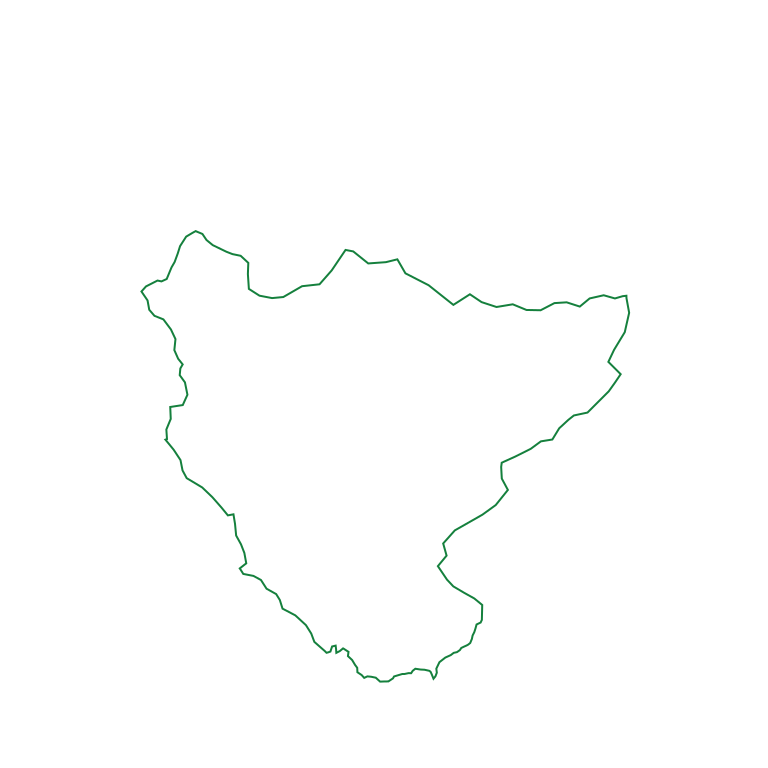 the district of Statos Agios Fotios, Paphos, Cyprus, rotated 135°
{"feature_id": "46923920B39520008883150", "entity_name": "Statos Agios Fotios", "entity_type": "district", "adm_level": 2, "iso_a3": "CYP", "parent_name": "Cyprus", "parent_adm1": "Paphos", "projection": "orthographic", "projection_center": [32.607, 34.88], "detail": "fine", "context": "isolated", "style": "outline", "palette": "green", "viewbox_px": 768, "rotation_deg": 135, "n_neighbors": 0, "source": "geoboundaries", "source_scale": "gbopen_adm2", "svg_char_len": 2470}
<svg xmlns="http://www.w3.org/2000/svg" viewBox="0 0 768 768"><g transform="rotate(135 384 384)"><path d="M481.6,148.0L470.8,158.3L471.8,168.5L475.0,179.8L478.1,191.9L477.8,201.1L474.7,217.1L461.1,218.4L454.9,229.4L437.4,230.4L406.8,222.0L390.6,219.4L371.3,221.5L367.6,233.8L359.8,242.5L356.4,245.1L342.6,239.9L326.1,234.4L313.6,232.5L304.2,225.7L291.4,228.8L279.1,228.3L272.0,227.5L260.3,219.9L246.2,219.9L230.3,219.9L219.5,221.7L209.7,223.6L209.7,241.0L197.1,245.5L177.1,250.4L160.3,261.0L151.8,273.3L150.2,275.0L153.1,277.3L160.2,281.2L165.9,291.4L178.1,299.1L190.8,300.3L197.1,312.6L206.3,320.7L221.1,325.4L230.9,335.6L236.6,349.3L250.0,358.9L257.1,372.9L259.8,386.7L279.0,390.9L282.6,422.3L290.6,447.1L286.4,462.7L296.5,468.8L309.9,480.4L312.0,499.5L316.4,506.0L340.7,501.3L359.1,500.1L372.8,511.1L393.7,516.7L402.4,523.9L409.6,534.5L412.3,546.8L402.5,558.0L394.3,565.6L394.7,576.0L399.3,583.0L401.9,588.9L406.9,603.3L407.7,611.3L406.3,618.5L409.1,625.3L412.6,626.3L419.7,628.1L430.7,625.7L437.6,622.1L445.8,618.3L451.8,616.7L463.4,611.9L468.8,613.9L471.0,617.3L483.3,621.3L490.1,620.9L492.1,610.3L497.5,602.5L498.1,594.5L494.3,585.7L496.1,573.2L499.7,563.2L508.3,556.2L511.7,547.4L512.5,540.2L517.0,539.0L522.2,534.7L523.6,525.9L530.6,515.4L541.2,511.4L551.4,518.9L559.5,510.1L570.1,505.7L576.4,498.5L577.9,499.2L578.0,498.3L579.2,486.3L581.7,474.1L587.6,465.3L590.1,456.9L585.7,439.4L585.4,425.3L586.3,411.5L587.3,401.5L582.6,398.3L588.2,390.5L595.7,381.4L598.5,371.7L602.2,363.3L608.2,354.6L616.4,355.6L616.7,354.0L617.8,349.2L612.0,340.6L609.6,332.4L611.8,322.3L608.8,311.7L610.4,304.9L614.6,296.9L610.3,283.1L609.7,268.7L611.9,259.0L615.6,250.9L614.7,237.1L614.7,234.6L613.4,233.8L611.1,232.7L606.3,235.1L603.2,233.2L605.7,230.0L607.8,227.6L604.1,226.4L599.9,226.0L599.8,225.8L598.5,219.7L601.9,217.1L601.7,211.4L603.1,205.8L603.6,202.3L606.6,199.0L605.6,194.0L605.8,190.2L602.5,189.0L600.1,186.1L597.6,182.3L597.5,182.2L597.2,176.3L594.4,173.7L591.2,170.6L585.8,169.5L583.7,170.1L576.1,166.0L574.5,164.4L571.1,162.2L569.3,160.3L566.5,160.9L563.2,160.5L560.1,156.3L557.4,153.3L554.8,149.2L554.7,148.9L554.6,147.4L555.6,144.8L557.4,140.6L554.4,140.9L550.8,142.5L548.3,145.7L541.5,148.1L534.1,147.2L528.5,145.1L524.8,144.6L522.0,142.8L518.5,142.2L516.0,142.7L513.1,141.7L510.5,140.7L508.8,140.2L506.2,139.9L502.1,141.6L499.2,143.5L495.6,144.7L492.1,146.5L488.6,148.5L484.3,147.0L482.2,147.8L481.6,148.0Z" fill="none" stroke="#15803d" stroke-width="2"/></g></svg>